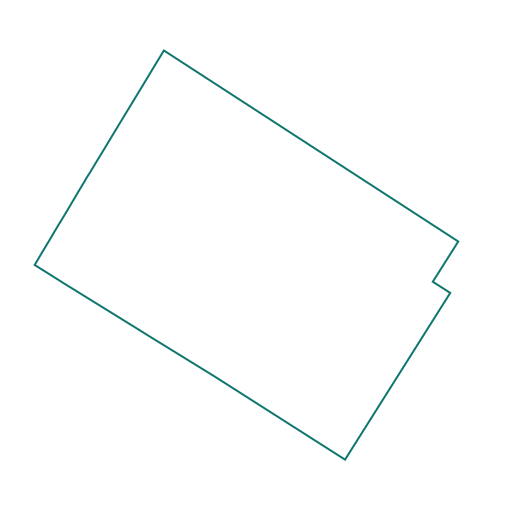 Jasper, Missouri, United States of America, rotated 31°
{"feature_id": "52423323B94294410051786", "entity_name": "Jasper", "entity_type": "district", "adm_level": 2, "iso_a3": "USA", "parent_name": "United States of America", "parent_adm1": "Missouri", "projection": "natural_earth1", "projection_center": [-94.517, 37.206], "detail": "fine", "context": "isolated", "style": "outline", "palette": "teal", "viewbox_px": 512, "rotation_deg": 31, "n_neighbors": 0, "source": "geoboundaries", "source_scale": "gbopen_adm2", "svg_char_len": 617}
<svg xmlns="http://www.w3.org/2000/svg" viewBox="0 0 512 512"><g transform="rotate(31 256 256)"><path d="M441.5,187.6L420.8,187.0L421.9,139.4L71.2,127.3L71.1,148.2L71.1,149.5L71.1,160.3L70.8,228.1L70.8,230.4L70.8,237.1L70.8,238.1L70.8,244.7L70.7,254.7L70.7,255.0L70.7,265.3L70.7,270.1L70.5,276.3L70.6,281.5L70.6,293.4L70.8,316.1L70.8,318.2L70.7,331.7L70.7,339.2L70.8,345.2L70.8,347.6L70.8,347.8L70.8,353.5L70.8,353.9L70.8,362.8L70.9,377.7L98.1,378.2L106.0,378.4L184.0,379.4L186.2,379.4L196.5,379.6L203.6,379.7L210.2,379.8L282.4,380.6L437.2,384.7L441.5,187.6Z" fill="none" stroke="#0f766e" stroke-width="2"/></g></svg>